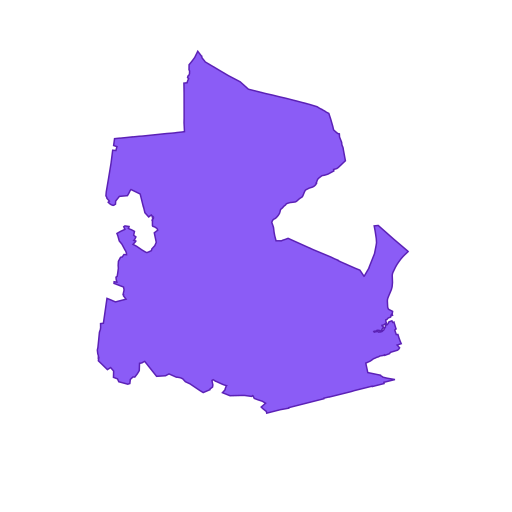 outline of Naudītes pag., Dobele, Latvia, rotated 22°
{"feature_id": "27541924B70535382823435", "entity_name": "Naudītes pag.", "entity_type": "district", "adm_level": 2, "iso_a3": "LVA", "parent_name": "Latvia", "parent_adm1": "Dobele", "projection": "mercator", "projection_center": [23.169, 56.558], "detail": "fine", "context": "isolated", "style": "filled", "palette": "violet", "viewbox_px": 512, "rotation_deg": 22, "n_neighbors": 0, "source": "geoboundaries", "source_scale": "gbopen_adm2", "svg_char_len": 6061}
<svg xmlns="http://www.w3.org/2000/svg" viewBox="0 0 512 512"><g transform="rotate(22 256 256)"><path d="M137.2,376.9L138.8,380.7L139.3,382.8L139.3,384.1L139.4,385.4L141.5,392.5L143.7,400.1L144.1,402.6L145.9,405.9L147.2,407.5L148.0,409.6L148.3,409.3L149.1,412.2L160.8,417.0L163.0,413.9L167.1,416.0L169.3,421.9L173.6,421.8L175.9,424.0L185.1,422.9L186.8,421.5L185.7,417.5L186.1,416.7L187.2,414.3L189.0,413.6L190.1,409.7L190.7,406.0L188.2,399.1L189.1,398.6L190.4,397.7L191.4,396.3L192.3,395.4L208.9,404.8L217.0,400.9L219.5,397.9L227.6,398.2L228.2,397.9L231.5,397.2L234.0,397.3L237.6,399.0L243.2,399.3L243.3,399.4L254.1,401.7L258.2,402.4L261.4,399.2L263.4,397.2L263.2,396.5L264.8,393.8L264.3,391.7L262.3,388.7L261.8,387.8L262.7,386.7L265.5,387.3L266.4,387.2L272.4,387.5L274.5,387.5L277.2,387.3L277.1,387.5L277.2,391.0L277.5,391.4L276.1,395.3L284.2,395.3L294.8,390.7L297.5,389.6L304.6,387.8L305.0,387.2L305.0,386.8L305.7,386.8L307.6,388.6L307.8,388.7L311.7,388.6L316.3,388.3L320.0,388.9L318.6,391.8L317.4,394.1L319.3,394.9L323.9,396.3L324.8,397.7L336.1,389.4L343.4,384.8L343.2,384.3L372.4,362.9L372.2,362.4L373.7,361.3L376.7,359.2L376.8,359.3L380.4,356.7L395.0,346.1L397.7,343.9L412.4,333.2L412.7,333.5L422.5,326.3L421.9,325.2L431.1,318.5L423.2,320.2L419.0,320.8L418.1,320.5L416.1,320.2L416.0,319.9L403.3,322.2L397.9,314.2L398.6,313.5L401.4,310.5L402.5,308.8L403.5,307.1L404.3,306.5L405.9,304.7L407.2,303.7L407.9,302.9L408.3,302.3L411.3,300.5L412.2,299.5L412.6,299.9L416.4,296.5L416.7,295.0L422.4,290.4L422.8,289.8L423.2,289.0L423.4,288.3L423.5,287.3L420.2,285.7L423.5,282.9L421.6,281.0L419.1,278.2L417.0,275.6L415.5,276.3L412.4,272.7L413.2,271.1L412.6,270.7L412.4,270.2L408.8,265.8L408.7,265.6L407.7,266.4L406.3,265.2L404.3,266.9L403.8,267.6L403.9,268.6L403.4,270.5L402.8,271.1L402.2,271.4L402.1,271.8L402.7,273.6L402.1,275.4L402.3,276.2L402.0,277.2L401.6,277.6L401.4,278.4L401.1,278.8L399.9,279.8L399.4,280.0L398.2,280.7L397.9,280.6L397.5,280.3L396.7,280.6L395.9,281.1L395.3,281.3L395.0,281.7L394.2,282.3L393.5,281.8L394.4,281.1L395.3,280.8L396.1,279.5L398.0,278.8L399.1,279.0L400.1,278.3L400.5,275.4L401.1,274.2L398.9,273.5L398.8,273.0L399.7,272.6L401.3,270.4L401.8,270.2L402.0,269.9L401.9,269.3L401.7,268.8L401.2,268.5L400.3,266.8L400.3,266.5L401.2,265.8L401.4,264.9L401.8,264.0L402.3,263.4L403.4,262.5L403.7,262.0L403.5,261.3L403.4,261.0L403.6,260.4L403.4,259.7L403.5,259.4L404.0,259.9L404.4,260.2L404.8,259.8L404.1,259.1L403.4,256.2L398.7,255.7L397.3,254.2L394.6,248.4L394.2,247.1L394.0,245.6L394.0,243.0L394.1,236.6L394.0,235.7L393.8,234.0L393.6,233.1L392.5,229.5L391.7,227.7L389.6,223.0L389.2,221.5L389.1,220.0L389.5,214.0L389.9,211.0L390.5,208.2L391.4,204.6L392.5,201.4L393.3,199.5L395.4,194.9L394.9,194.6L377.1,188.7L357.9,181.9L354.3,183.8L357.1,188.2L361.0,194.8L362.8,198.6L363.4,201.2L365.0,209.4L365.1,224.4L365.3,224.5L363.9,234.1L363.7,234.3L357.6,230.2L352.6,230.2L336.4,229.7L333.5,229.4L333.5,229.2L330.0,229.2L325.9,228.9L306.8,228.7L279.1,227.6L277.1,229.5L274.9,231.3L273.9,232.4L268.9,234.4L265.9,230.4L263.8,227.1L262.0,223.8L261.4,222.8L260.4,221.6L258.0,218.9L258.0,217.1L258.2,216.2L258.7,215.2L259.7,214.1L260.2,213.3L260.9,211.6L261.4,210.0L261.8,207.8L261.7,206.3L261.4,203.9L261.4,203.6L261.6,203.2L262.5,201.5L263.2,199.4L264.2,197.7L264.6,196.3L264.9,195.9L266.5,194.5L268.2,193.3L268.9,193.0L272.1,191.2L272.7,190.6L273.3,189.7L274.5,187.2L275.4,185.7L276.5,184.2L276.7,183.8L276.8,183.2L276.9,182.6L276.9,178.7L277.0,177.5L277.1,176.6L277.4,176.0L279.9,173.1L282.5,171.0L283.2,170.2L283.9,169.2L284.3,168.3L284.6,167.6L284.9,165.8L284.4,165.7L284.5,164.4L284.4,162.9L284.5,162.0L284.5,161.6L285.0,160.3L286.8,157.2L287.2,156.7L289.3,155.4L292.0,153.2L296.3,148.0L295.5,146.7L298.1,144.7L299.1,143.2L303.2,134.2L297.1,124.6L296.4,123.4L295.8,122.6L294.4,121.2L293.8,120.4L292.8,118.5L288.9,114.4L287.5,111.5L286.7,111.7L286.2,111.8L285.2,111.6L284.5,111.3L284.4,111.4L280.7,110.0L278.6,107.0L273.9,101.0L270.1,96.5L267.3,96.3L265.7,95.9L263.2,95.6L262.3,95.4L262.3,95.5L259.5,95.2L256.7,94.7L248.8,95.4L224.3,98.6L218.2,99.6L211.0,100.6L204.6,101.7L186.5,104.2L176.0,100.4L162.8,99.1L136.3,95.1L131.6,92.4L130.8,91.0L130.4,91.0L125.3,88.0L124.8,95.0L123.5,99.9L122.3,103.7L124.1,108.4L125.1,109.3L126.1,112.0L126.0,113.8L125.5,114.6L125.7,116.2L127.1,116.8L127.0,119.5L127.2,121.2L124.4,122.7L128.3,131.9L137.8,155.3L139.3,159.3L143.1,167.5L140.5,169.0L136.3,171.2L134.5,172.3L131.6,173.8L127.3,175.9L105.5,187.5L102.7,188.8L96.1,192.3L96.1,192.2L92.4,194.2L85.8,197.7L85.2,197.9L80.9,200.2L82.6,206.9L86.1,206.7L86.6,210.7L83.5,211.6L86.8,224.1L90.3,239.7L93.1,252.5L94.3,256.4L95.7,257.6L96.2,258.4L99.5,260.0L98.8,261.5L100.7,262.3L102.7,262.7L104.5,262.6L105.2,262.2L105.4,261.7L106.3,260.6L105.3,257.6L107.0,251.9L114.2,248.2L114.6,245.5L114.8,242.5L115.1,241.4L115.2,241.2L125.3,241.9L125.6,242.2L132.9,252.3L133.0,252.2L136.8,257.5L141.9,260.0L143.5,257.2L144.2,257.5L144.3,257.7L144.7,258.0L145.1,258.0L144.9,258.2L145.1,258.5L145.3,258.3L145.7,258.4L146.0,259.1L146.5,259.1L146.4,259.6L146.7,259.5L146.7,260.0L146.6,260.3L146.1,260.7L146.2,261.2L146.5,261.5L146.3,261.9L146.4,262.1L147.0,262.3L147.0,262.7L148.6,266.6L149.0,267.0L149.3,267.1L151.2,267.0L153.7,267.5L154.6,268.1L154.9,268.6L155.2,268.9L153.0,272.6L158.4,280.7L158.3,284.4L156.8,288.3L157.0,290.2L155.2,292.2L153.6,293.7L152.5,293.8L147.9,293.1L141.6,291.7L137.6,291.3L138.9,287.9L139.0,287.2L137.7,287.1L136.9,287.3L137.3,285.9L137.5,283.3L134.8,282.6L134.1,278.7L131.5,278.4L130.0,278.3L128.7,278.4L127.2,278.1L127.4,276.5L127.3,276.2L123.2,277.2L122.4,278.4L124.5,280.4L121.2,283.9L118.6,287.2L120.3,289.0L123.6,293.3L127.3,295.3L132.3,299.5L133.3,300.2L134.7,301.7L135.5,303.3L133.0,304.1L132.4,306.9L130.9,308.0L130.4,312.4L131.7,316.3L133.0,319.0L134.2,323.7L134.9,326.9L134.1,328.1L134.5,328.7L134.9,329.7L136.8,332.4L134.1,333.0L134.6,334.6L144.8,334.4L146.4,336.9L147.2,341.6L147.8,341.6L148.1,342.6L151.7,344.7L142.9,351.2L140.6,351.2L138.1,351.1L133.7,351.1L139.7,375.5L137.2,376.9Z" fill="#8b5cf6" stroke="#5b21b6" stroke-width="1.5"/></g></svg>